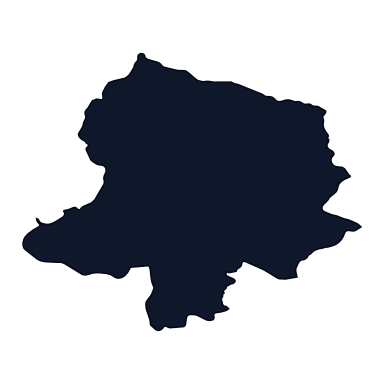 map outline of Hövsgöl (Robinson projection)
{"feature_id": "MNG-3321", "entity_name": "Hövsgöl", "entity_type": "Province", "adm_level": 1, "iso_a3": "MNG", "parent_name": "Mongolia", "parent_adm1": "", "projection": "robinson", "projection_center": [99.984, 50.195], "detail": "fine", "context": "isolated", "style": "filled", "palette": "ink", "viewbox_px": 384, "rotation_deg": 0, "n_neighbors": 0, "source": "natural_earth", "source_scale": "10m", "svg_char_len": 5366}
<svg xmlns="http://www.w3.org/2000/svg" viewBox="0 0 384 384"><path d="M142.9,53.9L144.3,54.8L145.0,57.1L146.1,58.6L147.8,59.5L157.5,62.3L159.4,63.2L160.7,64.3L161.7,65.6L162.9,66.8L164.5,67.4L177.5,70.5L184.4,70.7L186.1,71.2L190.2,74.3L193.9,77.7L197.7,80.5L202.7,81.8L207.9,81.3L214.1,82.2L231.0,82.1L234.4,83.7L238.2,84.6L262.4,94.4L265.1,96.3L267.5,96.7L269.8,96.7L272.1,97.2L274.3,98.8L276.3,100.8L278.2,101.7L280.4,101.7L285.6,100.2L288.1,99.9L290.6,100.4L294.7,101.8L297.7,101.6L299.2,101.7L300.3,102.1L303.3,103.9L304.8,104.4L309.3,104.1L310.3,104.4L312.3,105.8L313.4,106.2L317.7,106.5L319.0,107.1L320.0,107.8L325.2,110.7L325.8,111.9L325.0,113.4L322.6,116.6L322.5,117.3L322.8,118.0L323.3,119.3L323.5,120.5L323.4,121.7L323.1,124.1L323.3,126.8L324.4,129.6L326.0,132.2L327.5,134.2L328.1,135.2L328.2,136.2L327.9,137.2L327.4,138.1L328.8,139.9L328.4,141.9L327.3,143.8L326.8,145.8L327.6,147.9L329.2,149.4L332.8,151.5L334.0,153.6L333.5,155.2L332.2,156.7L331.1,158.5L330.9,160.6L331.5,162.7L332.7,164.6L334.1,165.9L336.7,166.8L342.3,167.4L344.6,168.9L348.9,175.1L350.7,176.3L350.8,176.3L350.7,176.3L347.7,177.9L344.1,179.4L341.6,181.2L339.5,183.3L339.0,184.0L338.3,185.4L338.0,186.3L337.3,189.2L336.3,191.4L335.8,192.0L333.8,193.8L332.6,194.7L331.5,195.7L330.1,196.8L328.6,198.5L328.3,199.5L325.8,202.3L323.6,204.2L322.4,206.0L322.0,207.3L321.9,208.5L322.2,209.6L322.5,210.2L323.0,210.9L323.9,211.5L327.1,213.0L331.8,214.8L336.5,215.9L343.9,218.8L348.0,219.8L352.6,221.6L357.3,223.8L358.9,225.0L361.0,226.9L356.3,229.9L354.4,230.8L353.8,230.9L352.5,230.9L349.3,230.5L348.2,230.4L347.0,230.6L345.9,231.1L345.4,231.6L344.9,232.4L343.1,236.6L341.5,239.3L340.8,240.2L338.6,242.3L336.1,244.2L335.1,244.7L332.5,245.7L327.9,247.0L325.5,247.2L322.8,248.0L318.6,248.8L315.2,250.0L314.0,250.7L312.9,251.5L310.7,253.7L308.1,255.3L307.7,256.4L307.0,257.4L305.5,258.8L304.2,259.4L303.3,259.7L300.9,260.0L299.0,261.8L298.2,263.0L296.2,267.5L295.8,268.7L295.7,269.9L295.8,271.7L296.8,276.4L297.0,277.0L285.4,279.0L279.1,278.7L277.1,277.8L263.8,269.7L246.2,261.9L244.6,261.2L243.1,261.4L242.4,262.0L242.2,262.4L241.9,262.8L241.7,263.1L241.6,263.4L241.5,264.8L241.3,265.4L240.6,266.4L239.6,267.4L237.5,268.7L236.5,269.6L236.5,270.1L236.4,270.7L236.1,271.3L229.4,272.6L228.2,272.6L227.1,271.5L226.3,272.2L226.1,273.1L226.0,274.1L225.8,274.5L226.0,275.2L226.5,275.7L227.1,276.1L233.9,279.2L235.0,280.7L235.0,280.9L235.0,281.3L234.6,282.1L234.2,282.5L233.0,283.4L232.6,283.6L232.1,283.7L231.8,283.7L231.1,283.8L230.4,284.1L228.1,285.5L227.3,285.8L226.1,286.4L225.9,286.7L226.0,287.1L226.2,287.4L226.2,287.8L225.9,288.3L225.1,289.1L224.1,290.0L223.2,291.1L222.9,291.8L222.9,292.1L223.8,292.4L224.0,292.7L224.1,292.9L223.8,293.2L222.7,294.1L222.5,294.4L222.4,294.7L222.6,295.1L222.7,295.5L222.7,296.1L222.2,296.9L221.7,298.1L221.4,299.0L221.3,299.9L221.4,300.4L222.0,301.6L222.1,302.4L222.3,303.4L222.5,304.2L223.1,305.2L223.5,305.7L223.8,305.9L224.1,306.1L224.9,306.3L226.0,306.5L226.4,306.6L226.7,306.8L227.3,307.4L228.6,308.9L226.0,310.5L221.0,311.9L215.6,312.7L214.1,313.6L213.5,314.9L213.9,316.4L214.0,317.8L213.2,319.5L211.5,320.2L209.4,320.4L207.7,320.2L206.1,319.7L197.5,315.4L195.4,314.7L190.0,314.4L188.8,314.8L187.5,315.5L186.8,316.6L186.3,318.1L185.5,324.1L184.9,325.6L184.0,326.4L182.9,326.7L170.1,327.7L168.7,327.4L167.5,326.9L166.3,326.3L165.2,326.0L164.4,326.2L163.7,326.8L162.9,327.9L161.8,329.0L160.1,330.1L158.5,330.4L157.2,330.3L155.4,329.3L150.5,324.8L150.1,320.1L146.6,309.7L146.1,307.0L145.9,304.9L146.0,303.3L146.3,302.2L146.7,301.2L150.9,295.6L151.9,293.7L152.8,291.6L153.9,288.3L154.0,287.4L153.4,286.0L152.0,282.3L151.2,278.0L150.2,269.1L149.7,267.5L149.3,266.5L148.3,265.7L130.5,267.2L127.7,272.2L124.6,275.8L121.4,277.6L119.9,277.9L117.7,278.1L116.5,277.8L115.2,277.3L112.7,275.7L110.6,274.6L106.6,273.4L98.6,272.6L93.0,272.9L91.4,273.3L89.6,274.0L85.9,274.9L83.2,274.7L81.9,274.2L64.7,263.6L61.4,262.3L55.5,262.2L44.7,261.6L40.0,260.5L37.2,259.0L25.4,249.7L23.9,248.0L23.1,245.3L23.0,244.1L23.1,242.4L23.7,240.2L24.1,239.0L25.0,237.4L25.7,236.4L28.5,233.5L33.2,230.0L38.2,227.2L39.5,226.1L40.1,225.3L39.8,224.5L37.7,221.9L37.2,221.1L36.9,220.4L36.7,219.6L36.5,219.0L36.5,218.6L37.3,218.9L38.4,219.5L38.9,220.8L40.3,222.7L43.2,223.8L46.5,224.4L48.7,224.4L51.1,223.8L53.8,222.7L58.6,219.9L62.5,217.4L64.3,215.6L64.8,213.4L64.2,212.1L63.8,211.2L64.0,210.6L68.3,209.7L73.5,207.6L74.8,207.4L76.0,207.8L77.9,209.6L79.0,210.1L80.0,209.7L81.5,207.9L83.3,206.5L91.4,203.0L94.7,200.1L103.8,184.5L104.2,183.4L104.4,182.0L104.3,180.8L103.8,178.5L104.1,176.2L106.0,172.0L106.1,169.6L105.7,167.8L104.7,166.5L103.4,165.6L101.9,165.1L98.4,164.6L96.9,164.1L92.6,161.4L91.4,160.4L90.5,159.1L87.9,153.3L86.2,149.7L86.4,148.2L88.8,145.3L88.5,144.5L86.8,143.4L86.0,142.6L85.5,141.7L84.9,141.0L82.2,139.6L80.2,137.9L78.7,135.8L78.6,133.6L82.3,127.5L83.2,125.2L83.7,122.8L84.1,121.7L85.7,118.4L85.9,117.3L85.7,115.9L85.1,113.4L85.1,112.4L85.5,111.1L86.1,110.2L87.7,108.5L88.4,107.5L91.1,102.8L92.2,101.3L92.8,100.6L93.7,100.4L96.2,99.3L97.7,99.2L102.3,100.0L102.9,98.7L103.1,97.1L102.6,94.0L102.9,92.3L103.5,91.0L104.9,88.6L105.4,87.3L108.8,82.7L114.0,80.8L124.9,78.3L126.7,77.1L128.5,75.6L130.1,73.8L133.8,67.7L134.7,64.4L135.2,63.3L137.3,61.0L137.8,60.0L137.9,58.8L138.0,56.4L138.3,55.2L140.1,53.7L142.4,53.6L142.9,53.9Z" fill="#0f172a" stroke="#020617" stroke-width="1.5"/></svg>